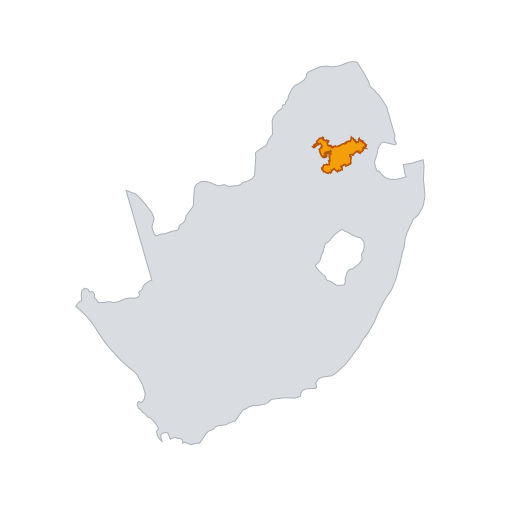 Nkangala, Mpumalanga, South Africa shown in context, rotated 344°
{"feature_id": "47623444B64302501149239", "entity_name": "Nkangala", "entity_type": "district", "adm_level": 2, "iso_a3": "ZAF", "parent_name": "South Africa", "parent_adm1": "Mpumalanga", "projection": "mercator", "projection_center": [29.297, -25.643], "detail": "fine", "context": "in_parent", "style": "filled", "palette": "amber", "viewbox_px": 512, "rotation_deg": 344, "n_neighbors": 0, "source": "geoboundaries", "source_scale": "gbopen_adm2", "svg_char_len": 8855}
<svg xmlns="http://www.w3.org/2000/svg" viewBox="0 0 512 512"><g transform="rotate(344 256 256)"><path d="M357.7,93.3L369.8,91.7L375.3,92.6L381.8,95.3L388.0,96.2L398.4,95.3L402.0,95.7L404.8,96.6L406.8,98.0L409.8,108.4L412.4,119.7L412.3,123.3L412.7,124.7L415.7,129.5L416.8,132.5L418.5,134.9L422.3,147.0L422.7,149.1L422.7,178.6L421.2,182.2L421.9,186.8L420.1,187.4L409.7,181.5L407.9,181.7L405.0,183.9L402.3,187.4L401.0,190.4L395.8,198.4L395.4,203.5L395.9,207.8L397.6,208.0L398.9,211.2L401.7,216.2L406.5,219.4L411.0,220.9L417.2,221.3L422.1,221.2L421.8,217.8L422.9,208.7L431.1,209.8L443.2,209.5L442.4,215.4L438.0,228.9L435.2,244.2L431.6,251.9L429.6,255.1L423.7,260.8L420.6,262.7L418.0,263.3L407.9,274.8L404.1,280.4L400.8,288.5L397.5,293.0L392.6,302.6L384.1,316.8L376.8,326.1L373.6,328.8L371.5,330.1L365.7,335.6L357.6,344.4L351.4,352.2L342.2,361.1L336.8,365.0L328.8,372.8L326.5,373.9L317.4,381.1L310.9,385.5L300.4,390.6L296.2,392.0L286.1,390.7L281.9,391.4L278.5,394.5L278.1,398.9L276.7,399.6L267.5,397.5L263.7,397.9L261.4,400.3L259.7,403.3L254.4,403.4L245.0,400.3L233.9,398.4L231.4,398.2L226.0,400.5L224.1,400.8L216.3,400.3L212.0,398.9L207.9,398.9L204.7,400.1L200.8,400.5L190.4,408.9L185.1,408.9L180.4,409.9L172.2,408.7L169.8,409.3L167.3,410.7L161.8,411.4L159.6,412.6L150.2,420.3L146.3,419.5L141.4,419.4L135.8,415.3L133.7,415.6L134.3,414.3L134.4,412.2L132.5,410.0L130.3,410.1L129.1,408.2L125.8,408.1L123.1,408.6L122.5,401.6L121.3,400.9L117.9,400.7L116.3,401.0L115.5,401.6L114.6,403.2L114.6,408.2L113.5,406.7L112.1,403.8L111.7,400.6L112.2,396.9L114.7,395.5L114.0,390.9L110.1,382.8L107.7,381.1L105.8,376.9L104.0,375.4L103.2,372.5L101.3,370.2L100.7,366.6L101.7,364.5L103.3,363.4L105.0,365.2L107.0,364.5L109.8,361.9L111.5,357.9L111.6,351.5L111.2,347.6L108.9,337.4L107.8,335.0L102.7,327.8L96.8,318.1L89.2,302.8L85.6,293.7L80.2,275.5L75.4,265.2L69.5,255.6L68.8,255.0L69.7,253.8L72.8,251.6L74.3,251.0L75.0,251.3L75.8,250.7L76.5,249.2L77.0,245.9L78.5,242.3L79.8,240.8L82.6,239.8L84.7,241.1L85.6,242.4L86.0,244.2L86.9,245.0L88.4,244.9L89.5,246.0L90.1,248.1L90.0,249.7L89.1,250.7L89.3,252.0L90.4,253.6L91.5,257.1L97.3,258.9L100.5,259.1L103.6,260.0L106.5,261.6L111.2,262.0L117.8,261.2L123.2,261.5L127.5,263.1L130.6,263.3L132.5,262.4L133.3,261.0L133.1,259.2L134.0,258.0L136.2,257.5L137.9,256.1L139.2,253.9L142.2,252.1L146.9,250.6L149.2,250.7L149.2,157.0L157.5,163.4L159.5,166.3L163.6,175.0L167.8,185.7L168.4,190.9L168.3,192.1L164.0,199.2L163.8,202.6L164.3,206.8L165.3,208.8L166.5,209.5L169.5,208.5L174.1,209.5L182.8,209.1L187.2,209.6L188.3,209.3L189.3,208.4L190.4,205.9L191.4,205.1L195.5,204.0L197.3,202.6L200.2,197.8L208.9,191.2L209.8,189.7L215.3,174.2L216.9,172.0L219.3,170.5L224.1,169.3L226.9,170.0L229.9,171.3L233.3,173.6L238.4,177.8L240.1,178.4L245.2,178.6L248.3,181.4L257.9,183.3L260.6,183.2L263.6,181.7L268.5,181.7L273.7,180.7L276.9,177.9L283.0,161.0L283.7,157.3L284.4,156.3L289.4,154.4L295.4,152.9L296.7,152.2L300.4,147.5L305.4,143.6L308.9,130.2L311.1,127.1L312.5,125.8L313.4,125.7L314.6,124.9L316.3,123.3L318.2,122.3L320.5,121.9L322.0,120.8L322.7,119.0L323.8,118.2L325.5,118.2L326.4,117.6L326.7,116.4L330.4,113.6L330.5,112.4L332.6,109.6L336.7,105.2L340.6,102.7L344.3,102.2L351.1,99.9L353.5,97.8L355.0,94.9L357.7,93.3ZM346.4,294.5L352.5,292.1L356.9,289.0L358.0,283.3L361.4,279.7L362.7,276.5L363.6,272.0L361.6,267.3L358.8,265.9L353.7,261.9L351.4,259.1L348.4,256.8L346.2,254.1L342.7,255.0L337.2,257.2L333.9,259.2L331.0,261.6L325.9,263.4L321.2,271.1L319.6,272.8L315.9,278.5L310.4,281.3L310.3,282.3L312.1,286.9L314.6,291.5L317.2,295.3L317.1,297.6L318.0,299.4L320.4,300.7L324.3,305.4L326.3,306.9L332.3,308.1L333.2,307.8L334.9,305.0L335.1,303.0L339.1,296.9L340.9,295.0L346.4,294.5Z" fill="#d9dde1" stroke="#a8b0b8" stroke-width="1"/><path d="M343.4,189.5L343.7,189.9L343.4,190.2L343.4,190.4L343.3,190.5L343.1,191.1L343.8,191.5L343.9,192.4L344.1,192.2L344.0,193.6L345.2,193.9L346.1,194.2L346.2,195.3L347.3,195.8L347.3,196.0L348.1,196.5L348.8,196.1L349.1,196.0L349.7,195.9L350.3,195.7L350.6,196.7L351.0,196.5L351.7,196.2L352.2,195.0L352.1,194.4L353.3,194.6L353.6,194.3L354.0,193.9L354.3,194.0L354.4,193.9L354.7,193.7L355.5,193.6L355.6,194.5L356.2,195.9L357.0,196.2L357.1,196.6L357.5,197.6L358.4,197.0L358.5,197.0L358.5,196.9L358.7,196.7L358.7,196.8L358.7,196.7L358.8,196.7L359.2,197.1L359.6,197.1L359.6,196.9L359.8,196.9L360.7,197.1L361.2,196.6L362.4,196.7L362.6,196.9L362.7,196.7L362.7,196.4L363.1,195.3L363.1,194.6L362.5,194.1L362.8,193.5L362.6,193.3L362.9,193.3L363.3,192.9L363.6,193.1L365.1,193.2L365.5,192.3L366.0,192.2L366.4,192.6L367.5,193.2L367.0,194.3L367.5,194.3L368.1,194.3L368.2,194.0L368.3,194.0L369.5,194.0L369.9,194.1L370.6,193.8L370.6,193.7L370.8,193.7L371.0,193.1L372.0,193.6L373.0,192.7L373.0,192.0L373.2,190.5L373.6,189.7L374.4,188.2L374.2,188.0L374.2,187.3L374.7,187.0L374.2,186.2L373.6,185.9L373.8,185.5L374.0,184.7L374.3,184.4L375.2,184.6L376.2,185.5L376.6,185.7L377.4,185.8L377.3,184.9L378.3,184.8L379.5,184.3L379.6,184.0L379.7,183.9L380.9,183.6L381.0,183.3L382.1,183.7L382.4,182.9L383.7,183.5L383.0,184.6L383.3,185.2L383.9,185.5L384.3,186.0L385.0,184.9L386.2,185.0L386.5,184.9L387.0,184.8L387.3,184.2L387.9,183.8L387.7,183.6L388.1,183.2L387.9,183.0L387.9,182.9L388.4,182.7L388.5,183.3L389.2,182.5L388.6,181.9L389.1,181.2L389.3,181.0L390.2,182.0L391.3,182.6L390.7,181.6L391.4,180.8L391.6,180.9L392.0,180.9L392.0,180.6L392.7,179.6L391.3,179.2L391.5,178.8L391.7,178.7L391.9,178.5L391.4,177.6L391.0,176.6L390.9,176.5L390.6,176.7L390.4,176.6L389.8,176.6L389.7,176.1L390.4,174.8L390.3,174.7L390.2,174.7L389.9,174.4L389.6,174.4L389.1,174.6L388.9,174.0L388.4,174.3L388.4,174.0L388.0,173.0L387.8,173.0L387.6,172.2L387.7,171.3L387.2,171.5L386.6,172.2L387.0,173.3L386.4,174.0L386.3,173.9L385.5,175.0L385.1,174.6L384.4,173.8L383.8,174.0L383.5,174.6L383.2,174.1L382.7,173.5L383.0,173.0L382.9,173.0L383.2,171.6L382.7,171.4L382.6,171.9L382.4,171.7L382.2,171.6L381.9,170.9L381.8,170.7L382.1,170.4L382.0,170.1L381.9,170.2L381.8,169.6L381.6,169.5L381.5,169.4L380.8,168.8L380.7,168.6L380.4,168.0L380.1,168.7L380.3,168.7L380.0,169.3L379.9,169.3L379.8,169.6L379.4,170.0L379.1,170.5L378.1,171.9L377.3,171.6L377.3,171.2L376.1,171.0L374.9,171.2L374.9,171.8L373.9,172.4L373.8,172.1L373.7,172.1L373.7,171.8L373.5,171.7L373.5,171.8L373.5,171.7L373.4,171.7L373.3,171.8L372.8,171.8L372.3,172.7L371.9,172.6L371.3,172.3L370.1,172.0L368.7,172.7L368.1,172.6L366.6,172.8L366.5,173.3L365.0,172.9L363.8,173.1L362.7,172.8L362.5,172.0L362.0,172.2L360.7,172.1L360.5,172.3L360.3,172.8L360.1,172.8L359.4,173.1L359.2,172.0L357.7,172.5L358.0,172.4L358.5,171.6L358.7,170.7L358.5,170.3L357.4,170.5L356.9,170.7L356.8,169.9L356.6,170.0L356.6,169.9L356.4,169.8L356.0,169.7L355.9,169.7L355.6,169.6L355.5,169.3L355.7,169.2L355.4,169.0L355.7,167.7L355.7,166.2L356.8,166.4L356.7,166.1L357.6,165.5L357.1,165.2L356.9,165.2L356.7,165.2L356.8,164.9L356.7,164.9L356.3,164.3L355.1,164.0L354.2,164.4L353.7,163.7L353.5,163.1L353.2,162.6L352.7,162.8L352.6,162.5L352.2,161.5L353.4,161.0L353.3,160.7L353.0,160.2L352.0,160.6L351.2,161.0L351.0,160.5L349.2,160.4L348.2,161.5L347.6,161.7L346.9,161.9L346.4,162.2L345.7,162.7L346.0,163.4L346.4,164.1L345.8,164.1L345.8,164.4L342.7,164.9L343.2,166.0L342.1,166.1L342.0,165.9L341.1,166.4L340.6,166.5L340.9,166.8L341.3,167.8L340.7,168.0L342.4,167.7L343.3,167.2L344.1,166.9L344.2,166.5L345.5,166.2L346.4,165.9L346.4,165.6L346.7,165.5L346.8,166.2L347.2,166.1L348.1,165.6L348.9,165.4L349.2,166.4L349.6,167.3L349.8,168.4L349.7,168.4L349.3,168.2L348.6,169.4L348.8,169.9L348.6,169.8L347.8,170.0L347.4,170.3L347.2,170.5L346.5,170.9L346.4,171.0L346.1,171.0L346.5,172.6L346.1,173.0L346.2,173.9L346.3,174.2L346.1,174.3L346.1,174.5L346.3,174.9L346.4,175.7L346.2,175.8L346.2,176.0L346.4,176.7L346.6,177.4L346.6,177.5L347.0,178.5L347.3,179.2L347.3,179.4L347.5,179.7L348.1,179.9L348.4,178.9L348.4,178.6L348.8,178.6L349.4,178.9L349.2,179.7L349.1,180.1L349.2,180.4L349.4,180.4L349.5,180.3L350.0,180.3L350.3,180.0L350.6,180.2L351.1,179.9L350.7,179.2L350.4,179.3L350.4,178.8L351.0,178.7L351.0,178.9L351.1,179.1L351.7,179.2L351.8,178.8L351.6,178.7L351.1,176.9L350.4,177.1L350.1,176.3L350.7,175.8L351.3,175.3L351.8,175.9L351.5,177.0L352.7,175.8L352.8,176.7L353.5,177.8L354.9,177.1L354.6,176.7L354.4,176.2L354.6,176.3L354.9,176.2L355.0,176.1L355.1,175.9L355.0,175.6L355.3,175.7L355.4,175.8L355.5,175.8L355.8,175.7L355.9,175.8L356.0,175.9L356.5,175.2L356.8,176.0L357.0,176.2L356.7,176.5L356.3,176.6L355.5,176.8L355.7,177.1L355.8,177.3L355.6,178.2L356.2,178.3L356.2,178.5L356.2,178.8L354.0,179.6L353.6,181.0L354.3,181.4L353.7,182.2L353.3,183.4L353.6,183.8L353.3,185.1L352.1,184.6L352.1,184.8L352.0,186.0L352.0,187.1L351.7,188.1L351.6,187.9L350.9,188.0L350.7,188.0L350.0,188.0L349.6,188.2L349.3,187.4L349.2,187.5L348.1,187.6L346.8,187.2L346.3,187.1L345.4,187.9L345.3,188.3L345.1,189.4L344.2,189.1L344.0,189.4L343.7,189.4L343.4,189.5Z" fill="#f59e0b" stroke="#b45309" stroke-width="1.5"/></g></svg>